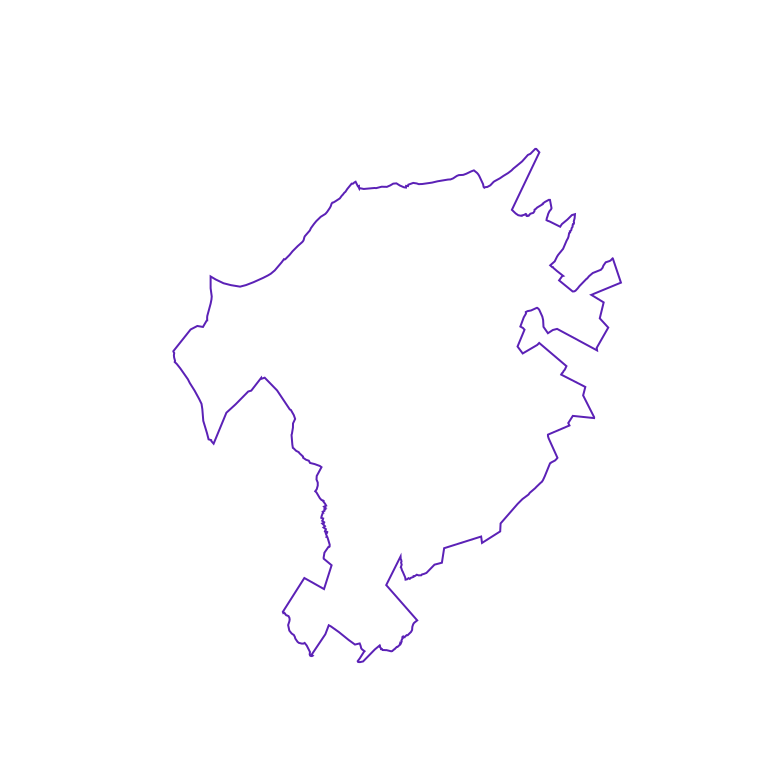 Jiquipilco, México, Mexico (Equal Earth projection), rotated 205°
{"feature_id": "50627088B46383700668676", "entity_name": "Jiquipilco", "entity_type": "district", "adm_level": 2, "iso_a3": "MEX", "parent_name": "Mexico", "parent_adm1": "México", "projection": "equal_earth", "projection_center": [-99.652, 19.592], "detail": "fine", "context": "isolated", "style": "outline", "palette": "violet", "viewbox_px": 768, "rotation_deg": 205, "n_neighbors": 0, "source": "geoboundaries", "source_scale": "gbopen_adm2", "svg_char_len": 6142}
<svg xmlns="http://www.w3.org/2000/svg" viewBox="0 0 768 768"><g transform="rotate(205 384 384)"><path d="M267.3,557.7L275.0,559.5L279.6,560.8L280.3,561.3L280.9,561.0L283.5,561.8L281.1,567.3L281.0,572.6L280.7,574.8L278.8,582.2L279.1,591.2L278.9,593.9L279.1,595.7L280.0,599.0L279.6,599.5L279.4,600.1L280.1,601.0L279.6,601.6L279.3,602.5L279.8,604.6L279.5,606.2L280.0,607.1L280.3,608.5L280.3,608.8L279.8,608.9L279.7,609.6L280.0,610.6L280.7,611.5L281.3,614.8L282.7,618.6L285.1,616.5L287.3,610.5L290.4,604.0L290.8,601.0L302.8,601.3L304.4,601.1L306.0,601.2L306.5,603.0L306.7,605.2L307.1,607.4L307.1,610.3L306.4,613.1L306.5,614.2L311.4,621.0L312.4,620.6L315.1,617.0L316.4,614.5L316.1,614.1L319.8,608.6L320.4,606.9L321.2,605.6L320.7,604.3L320.9,602.6L321.1,602.1L323.3,600.2L324.0,597.6L324.7,597.6L325.1,596.8L325.6,596.6L326.2,596.8L327.0,598.0L327.4,598.0L328.4,596.6L329.8,595.4L330.1,594.7L330.6,594.8L331.2,594.3L333.7,593.7L336.7,594.2L341.7,595.9L341.1,659.6L345.3,661.4L346.3,661.0L348.6,654.5L350.4,652.4L352.9,644.1L357.8,633.9L358.7,631.4L360.7,627.6L363.7,623.1L365.9,619.4L369.5,614.5L370.1,613.5L371.6,609.0L373.7,606.2L375.4,605.2L376.0,604.3L377.0,604.7L378.7,607.0L385.5,612.7L387.1,613.8L388.8,614.6L392.8,615.6L394.7,613.7L398.3,609.3L400.6,607.0L404.5,604.9L405.9,603.4L408.3,599.5L410.2,597.5L412.3,596.4L421.2,590.3L425.6,586.8L433.9,581.4L437.0,579.8L439.1,579.6L442.5,578.6L446.2,574.9L445.9,573.5L447.7,572.9L447.1,571.3L449.1,570.7L453.6,570.6L457.5,571.1L460.3,569.5L462.3,566.6L464.7,563.9L469.5,561.8L473.9,558.2L475.5,557.6L484.8,552.2L488.5,551.3L488.8,551.1L488.8,550.5L489.6,551.2L490.4,552.9L491.2,552.1L495.2,555.3L496.0,554.2L496.9,552.3L498.0,551.9L499.7,545.2L500.2,541.8L500.8,540.6L501.4,537.9L501.8,537.0L502.5,533.5L505.3,529.0L506.6,527.1L507.4,526.6L507.6,525.9L507.7,525.0L507.4,522.6L507.5,520.7L508.3,515.8L509.0,513.4L512.0,508.8L514.2,503.0L515.1,499.5L516.1,494.4L516.1,491.8L518.2,484.5L518.2,483.3L517.7,480.7L517.7,479.6L518.0,478.3L520.5,472.5L523.0,465.6L524.1,461.2L526.2,455.4L526.6,454.9L527.4,454.9L528.2,451.0L531.0,440.8L533.2,436.1L535.1,433.3L538.4,429.1L545.3,421.1L550.9,415.3L555.6,411.4L564.5,408.9L572.0,407.5L580.8,407.6L586.6,408.2L581.6,397.5L577.1,390.5L576.1,387.7L575.1,383.6L572.9,370.9L572.3,369.3L571.1,366.9L571.5,366.6L572.2,359.2L577.7,357.7L582.3,351.7L588.8,324.7L588.0,323.9L587.2,323.4L586.6,321.3L585.4,319.3L583.1,316.6L583.0,315.5L580.3,314.6L575.3,312.1L563.7,305.4L560.4,302.8L552.8,297.9L545.2,292.3L541.0,288.9L538.0,284.4L532.2,274.2L523.7,264.7L519.6,259.7L516.9,260.1L516.2,259.2L513.2,257.9L514.7,291.4L509.9,302.9L503.9,319.8L501.5,321.9L497.9,337.7L497.3,336.9L494.8,339.3L478.2,333.0L458.6,321.1L457.4,321.1L452.6,317.7L449.8,314.8L449.8,309.8L448.1,306.0L446.4,299.9L446.3,298.8L441.5,290.4L439.6,287.6L439.0,287.6L435.4,286.3L432.5,286.2L431.3,285.5L426.7,284.0L426.2,283.0L422.7,282.4L419.7,282.7L417.7,281.2L413.1,282.1L407.5,282.6L405.5,282.2L406.1,272.2L404.8,268.9L402.4,266.7L401.1,263.9L400.5,260.1L401.0,257.7L399.4,257.2L393.9,253.4L391.5,252.4L390.4,252.7L389.5,252.5L389.7,252.1L386.7,250.5L385.0,249.3L386.5,247.5L384.5,246.9L385.2,246.1L384.3,245.5L384.9,244.7L384.4,243.8L385.6,242.3L384.8,241.6L385.0,241.5L384.7,238.0L384.3,236.2L382.3,236.4L382.1,235.0L382.2,233.9L379.7,233.4L379.7,232.2L380.3,232.2L381.0,231.5L377.4,230.2L378.2,228.4L375.3,227.9L375.3,225.4L374.7,225.1L373.9,225.9L372.9,225.9L372.7,225.0L373.4,223.7L371.8,222.3L371.5,221.2L371.0,221.5L370.6,221.3L369.4,220.0L365.3,215.4L364.6,213.7L364.8,213.2L365.5,212.9L366.7,206.0L365.3,201.0L364.8,200.2L354.9,197.6L351.7,172.8L374.2,174.5L379.4,134.7L378.4,133.8L377.8,134.5L376.5,134.1L376.2,133.6L374.8,133.1L374.2,133.3L374.0,133.2L372.5,133.3L370.9,132.1L370.0,130.7L369.5,129.1L369.0,125.0L365.6,120.5L362.6,119.0L361.2,118.6L359.8,118.5L358.0,117.2L356.8,115.8L353.4,113.8L351.8,113.4L348.7,114.0L347.4,114.6L346.5,115.8L345.1,115.1L343.5,114.3L337.9,109.9L337.0,107.4L336.1,106.6L335.1,106.6L334.3,107.0L333.8,107.7L335.2,108.1L331.4,132.4L332.1,142.0L329.8,141.9L320.0,140.1L307.9,137.1L300.2,135.6L296.4,138.6L294.7,137.0L292.9,134.8L291.7,134.2L288.7,133.6L289.0,132.7L290.0,125.0L290.7,121.7L290.2,121.2L289.7,121.2L288.2,121.8L285.7,123.7L280.1,139.6L277.4,145.3L276.8,144.8L276.6,143.9L274.8,143.1L274.6,142.5L273.7,142.9L272.9,142.3L269.1,143.9L264.5,144.8L263.6,145.5L263.5,146.1L263.1,146.6L262.5,148.2L262.2,148.4L262.1,148.9L261.3,151.1L260.6,151.4L260.5,151.9L259.2,154.7L259.7,155.0L259.9,156.5L259.1,156.5L259.2,158.2L259.8,158.9L259.7,160.6L260.4,162.5L260.1,163.1L259.3,162.2L258.9,163.0L258.3,163.2L258.3,163.8L257.3,166.0L256.4,166.3L254.7,170.8L254.6,173.0L255.7,175.9L256.0,178.4L255.9,179.8L255.5,180.8L254.0,183.8L297.0,202.7L296.1,234.7L294.9,232.4L294.2,232.0L293.1,230.5L293.0,229.3L291.6,227.7L291.3,224.9L290.6,224.6L288.9,222.7L287.7,221.8L283.0,217.6L281.8,215.8L280.5,216.8L279.7,218.4L278.3,218.3L277.8,219.6L275.7,221.7L276.0,222.4L274.7,223.2L273.7,225.0L271.7,225.2L269.4,226.4L269.1,227.5L267.7,228.6L265.7,230.7L261.9,241.6L256.0,246.5L260.1,260.6L231.5,286.8L228.0,281.4L216.4,299.5L219.4,306.9L212.2,331.9L209.9,338.2L206.3,344.9L205.9,347.0L202.9,353.6L202.5,354.9L200.2,360.9L199.7,361.7L199.3,363.8L199.3,368.2L200.0,382.3L199.4,383.1L199.4,383.4L196.7,386.9L196.0,388.8L195.6,390.4L211.9,404.4L213.4,406.1L214.0,407.4L198.4,424.8L200.5,426.5L199.4,434.9L179.2,441.9L179.5,442.7L198.7,457.8L200.3,466.4L227.4,467.4L227.3,468.8L226.8,470.0L226.7,471.7L226.2,473.5L226.2,477.3L260.7,486.8L261.6,484.2L271.2,470.3L278.8,474.4L279.6,492.6L281.8,493.5L284.7,493.7L285.5,503.5L285.1,507.8L285.9,509.2L284.6,510.8L281.8,512.8L277.7,517.6L277.2,517.8L275.5,517.3L274.6,516.8L269.0,512.0L266.8,509.2L263.6,503.2L256.9,499.3L253.8,504.3L250.4,507.1L205.1,504.5L206.5,506.7L204.6,529.9L216.2,534.7L219.4,550.8L233.8,552.4L212.1,576.0L229.7,594.5L229.9,594.5L230.8,591.8L231.5,590.8L234.5,588.0L235.2,584.0L235.0,581.7L235.7,579.2L241.7,572.8L243.8,568.2L244.6,564.9L244.7,565.5L248.2,555.4L248.9,552.4L249.9,549.4L250.8,548.3L252.1,547.6L269.1,551.9L268.1,557.0L267.3,557.7Z" fill="none" stroke="#5b21b6" stroke-width="2"/></g></svg>